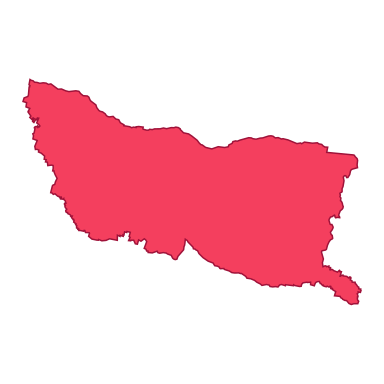 Don Chedi, Suphan Buri, Thailand
{"feature_id": "78962969B69423303850724", "entity_name": "Don Chedi", "entity_type": "district", "adm_level": 2, "iso_a3": "THA", "parent_name": "Thailand", "parent_adm1": "Suphan Buri", "projection": "robinson", "projection_center": [99.955, 14.648], "detail": "fine", "context": "isolated", "style": "filled", "palette": "rose", "viewbox_px": 384, "rotation_deg": 0, "n_neighbors": 0, "source": "geoboundaries", "source_scale": "gbopen_adm2", "svg_char_len": 5941}
<svg xmlns="http://www.w3.org/2000/svg" viewBox="0 0 384 384"><path d="M248.7,137.7L240.0,140.1L237.3,141.2L235.5,140.9L232.9,141.6L232.1,143.4L228.9,144.9L228.2,146.8L224.6,147.5L218.2,146.7L211.8,148.9L205.6,147.4L202.2,144.9L201.0,144.7L199.2,143.0L197.2,140.3L191.9,136.1L188.6,133.9L183.5,132.8L180.2,129.4L180.2,128.8L178.4,127.6L175.8,127.1L173.9,127.7L171.2,127.6L166.6,128.7L163.5,128.0L160.1,128.8L154.5,128.9L152.3,129.6L149.6,129.3L148.6,130.1L146.8,130.2L143.1,129.2L142.9,128.7L143.2,127.1L138.8,126.5L136.1,126.8L136.1,127.5L133.4,127.1L131.7,127.7L129.7,126.7L123.8,125.7L124.0,124.8L120.4,122.8L118.7,119.7L115.8,119.0L113.1,116.4L109.4,116.9L107.7,116.5L106.4,115.6L105.2,113.8L102.6,111.9L100.2,111.3L98.8,110.4L96.7,107.5L95.9,104.9L90.8,101.0L89.9,99.7L88.9,97.2L87.4,96.0L83.2,95.7L80.6,93.6L78.9,91.3L75.8,90.8L68.9,91.6L65.6,90.8L61.5,89.0L58.0,89.2L50.9,83.9L48.4,84.4L46.1,83.1L43.2,82.8L39.8,83.3L37.0,82.4L34.5,82.2L33.1,80.8L31.2,80.3L30.0,79.5L29.0,84.8L29.9,85.5L29.6,87.0L29.1,87.0L28.4,95.2L27.8,96.5L24.1,97.9L23.0,101.5L26.6,102.6L26.0,106.9L29.8,108.4L28.2,111.2L28.6,111.4L28.1,112.1L30.9,116.1L29.8,117.4L32.0,119.6L33.1,117.9L34.2,118.7L32.6,121.4L33.9,122.5L35.9,119.2L36.7,119.9L37.4,118.0L38.7,118.2L36.7,122.9L38.7,124.4L39.9,126.0L39.1,126.9L38.7,126.5L38.0,127.4L37.4,126.1L37.0,126.9L35.9,126.5L34.8,127.0L34.4,127.7L34.8,127.8L34.9,128.9L34.1,133.0L32.8,133.8L33.5,135.8L32.9,138.9L37.2,140.5L34.8,146.3L35.4,149.5L36.9,149.3L38.8,150.1L38.5,152.0L41.3,153.2L44.6,156.1L44.2,159.3L46.2,159.7L45.5,161.9L47.4,162.2L47.8,165.6L51.6,165.1L53.1,165.5L53.2,168.2L52.7,170.9L54.1,171.0L54.1,172.1L55.2,174.8L57.1,178.4L55.5,181.6L54.7,184.5L53.1,185.0L52.4,185.8L50.7,192.7L52.0,193.0L53.3,194.4L55.0,193.8L57.7,196.2L59.0,196.4L59.3,197.1L60.5,197.1L60.1,198.0L60.3,198.5L61.4,197.6L61.5,198.3L61.2,199.0L63.1,199.2L63.7,198.6L63.8,199.5L65.0,200.5L65.5,201.4L65.4,202.7L66.0,203.1L65.3,203.7L64.6,203.5L64.4,203.8L64.6,204.7L65.4,205.6L64.9,206.1L65.3,207.6L66.7,209.0L66.7,209.6L65.9,210.1L65.7,210.8L66.0,212.0L66.9,212.6L67.6,212.5L67.9,213.7L70.0,214.6L70.7,215.6L70.6,216.2L71.6,216.6L71.8,216.1L72.2,216.1L71.5,217.5L72.7,219.1L73.4,219.2L73.3,219.9L74.1,220.2L73.7,222.1L74.7,222.6L75.3,223.8L76.1,224.0L75.8,224.8L76.8,225.8L76.5,226.5L76.6,228.0L77.8,228.2L77.8,229.2L78.7,229.1L78.6,230.2L79.0,230.6L79.7,230.4L83.7,231.2L84.1,230.4L84.8,230.5L85.5,232.5L89.2,232.7L89.5,233.2L88.6,236.3L91.9,239.1L96.8,240.1L98.4,240.2L98.6,239.5L101.8,240.8L106.0,240.4L109.6,238.8L117.3,240.3L117.4,235.2L120.0,236.4L120.0,235.4L123.2,236.3L123.0,234.8L123.9,235.1L124.6,231.9L126.7,232.5L126.9,231.5L130.3,232.3L129.1,236.6L130.1,237.3L128.6,240.6L130.7,240.8L130.8,240.2L133.7,240.2L135.3,243.8L137.4,244.2L138.6,239.9L141.0,241.2L144.3,238.8L145.7,239.9L146.7,241.6L144.2,248.4L146.0,249.2L146.6,251.0L148.0,251.1L148.1,252.5L152.3,252.9L157.1,251.2L157.9,252.7L159.6,253.2L163.3,252.6L166.3,253.1L167.5,254.0L171.2,255.3L172.7,258.2L173.8,259.1L175.2,259.6L176.9,259.2L177.9,256.4L183.6,249.8L184.0,246.5L184.5,245.6L184.9,243.4L185.3,239.2L187.2,240.5L188.1,242.1L192.4,246.5L193.1,247.3L193.4,248.8L195.1,249.1L196.0,250.0L197.6,250.7L199.0,253.6L203.1,257.7L208.2,261.2L213.1,263.0L214.7,265.7L217.6,266.2L219.3,267.2L219.8,268.3L220.4,268.7L223.9,268.5L224.3,269.4L229.3,271.0L231.8,272.6L234.6,273.0L238.8,272.9L240.3,273.5L241.5,273.5L245.8,276.4L246.9,278.2L250.8,278.8L254.6,280.4L256.8,282.2L260.4,284.0L261.9,285.4L266.5,284.5L269.2,285.1L270.0,286.5L272.6,286.9L275.6,286.6L278.0,287.0L279.6,285.0L281.5,284.5L285.4,285.7L285.6,284.7L293.4,285.7L293.6,284.8L294.7,285.5L299.6,286.5L301.2,286.3L301.7,284.2L303.1,282.8L307.0,282.2L307.3,282.5L310.6,282.2L310.6,284.7L314.3,285.8L315.1,283.6L315.9,282.4L317.2,281.7L319.4,281.5L320.2,283.5L320.9,283.5L321.7,284.6L322.7,285.5L323.1,285.1L323.9,286.2L326.3,286.8L327.1,286.2L329.1,287.1L330.0,286.2L330.8,286.4L330.8,288.5L332.2,288.3L332.5,288.6L332.2,289.4L335.7,291.6L334.5,295.8L340.2,296.4L340.6,297.6L342.4,298.7L342.7,299.3L344.8,300.4L346.6,300.6L349.0,303.5L351.3,304.5L353.9,303.7L357.8,303.7L358.7,301.2L357.7,300.2L357.4,299.0L357.5,296.8L357.9,296.8L358.0,296.1L357.2,293.7L358.8,292.3L358.6,292.0L360.4,292.4L361.0,290.5L360.6,290.3L360.8,289.1L358.7,288.8L358.8,287.2L357.7,286.6L356.2,284.2L355.3,283.6L355.1,282.2L352.2,282.2L351.9,280.7L350.3,279.9L350.6,278.2L351.5,278.1L350.7,277.8L350.5,277.1L349.7,277.0L349.5,277.8L348.6,277.5L348.4,277.8L346.8,276.4L343.1,275.9L343.0,275.1L340.6,275.5L340.6,276.2L340.1,276.2L341.4,271.7L339.8,271.6L339.8,270.6L339.4,270.3L337.5,272.1L333.6,270.6L332.6,269.6L331.4,269.3L330.8,269.9L329.9,269.7L330.5,267.6L328.9,267.4L328.9,266.0L326.7,266.7L325.9,265.9L324.8,265.9L323.0,266.7L322.4,262.7L323.4,259.0L321.5,252.3L321.6,251.4L322.2,250.7L325.3,250.1L326.4,249.4L327.5,245.2L329.0,241.9L330.5,239.8L332.3,238.9L332.7,238.3L332.2,235.3L331.2,234.6L330.4,232.2L332.1,229.9L333.1,227.7L333.0,226.7L331.9,224.5L330.5,224.5L330.1,224.2L329.0,220.4L329.1,219.4L330.5,217.0L332.1,216.7L334.3,215.1L334.7,215.3L335.0,216.9L335.6,217.8L337.7,217.4L339.7,217.7L339.7,217.1L338.8,215.6L338.8,214.6L340.2,210.9L342.2,209.2L343.0,207.9L343.2,206.3L342.7,205.4L342.3,203.2L341.4,201.3L340.5,200.7L340.9,198.0L339.9,196.7L340.4,195.0L339.8,193.7L340.1,193.0L341.9,192.0L342.1,191.5L342.1,188.6L343.0,186.6L344.0,180.8L343.3,177.1L344.3,175.8L345.1,175.6L345.9,175.9L346.7,177.6L347.9,177.5L349.7,174.6L350.5,171.0L351.2,169.8L352.2,169.2L357.5,167.7L357.1,165.0L357.6,160.3L357.1,158.6L355.0,156.5L354.4,155.3L353.2,154.9L326.7,152.4L327.7,147.2L324.8,147.0L323.0,145.8L321.7,144.4L318.9,143.9L317.4,142.8L312.4,143.2L304.4,142.1L301.7,143.7L300.6,143.0L296.9,143.6L288.0,139.9L283.0,138.7L281.5,139.0L278.2,137.6L275.3,137.9L273.0,136.2L271.0,135.8L268.6,136.0L262.7,137.9L260.1,138.1L256.1,139.2L252.9,138.7L251.3,137.9L248.7,137.7Z" fill="#f43f5e" stroke="#9f1239" stroke-width="1.5"/></svg>